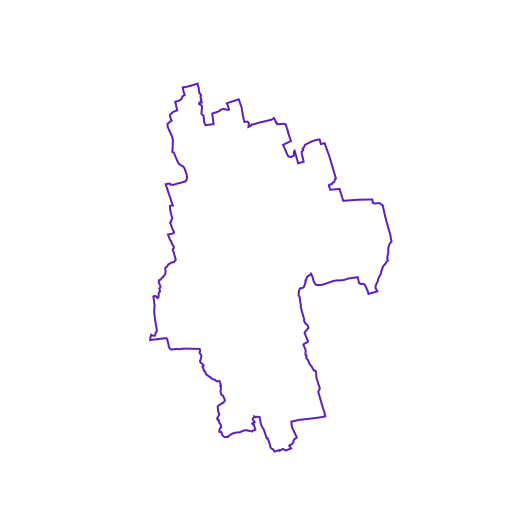 Kota Blitar, Jawa Timur, Indonesia, rotated 148°
{"feature_id": "22746128B15123001204790", "entity_name": "Kota Blitar", "entity_type": "district", "adm_level": 2, "iso_a3": "IDN", "parent_name": "Indonesia", "parent_adm1": "Jawa Timur", "projection": "robinson", "projection_center": [112.17, -8.096], "detail": "fine", "context": "isolated", "style": "outline", "palette": "violet", "viewbox_px": 512, "rotation_deg": 148, "n_neighbors": 0, "source": "geoboundaries", "source_scale": "gbopen_adm2", "svg_char_len": 6115}
<svg xmlns="http://www.w3.org/2000/svg" viewBox="0 0 512 512"><g transform="rotate(148 256 256)"><path d="M328.2,74.2L328.4,77.4L328.2,77.6L327.0,77.7L325.6,77.3L324.9,77.5L322.9,78.3L321.9,79.7L321.1,80.1L319.9,80.4L318.0,80.2L317.5,80.8L316.3,91.0L315.8,92.8L313.8,96.8L305.5,93.9L304.1,93.1L290.8,86.8L285.3,84.4L282.2,83.3L280.9,86.9L279.9,91.3L275.2,107.7L274.8,108.2L272.1,109.7L269.3,120.7L266.9,125.1L266.3,127.1L267.1,127.6L267.5,128.2L267.6,129.5L267.4,133.3L267.7,135.1L267.7,137.6L267.2,139.0L267.1,140.6L267.5,142.6L267.0,143.8L266.0,144.4L265.9,145.0L266.4,146.0L266.2,146.5L264.1,149.3L263.6,150.9L262.9,155.4L262.8,155.7L262.1,156.0L257.9,155.7L257.3,156.0L257.0,156.7L255.6,164.9L255.2,165.5L249.7,167.2L249.3,167.9L249.0,170.9L249.6,171.7L249.9,172.9L249.6,175.6L249.1,176.0L248.7,176.8L245.1,189.1L244.4,190.2L243.7,190.8L243.3,192.4L241.9,195.9L240.6,198.2L240.8,199.7L240.7,200.3L240.2,200.6L239.5,201.9L238.2,203.4L236.6,204.8L235.6,205.2L234.4,204.5L232.8,204.2L231.4,204.6L228.6,207.0L227.9,207.2L227.3,208.2L227.4,208.6L226.8,209.3L225.9,209.4L223.6,211.3L222.4,211.2L221.1,211.5L220.3,211.2L218.8,211.9L218.8,210.5L219.2,208.4L220.4,204.4L220.6,201.3L220.4,200.1L220.0,199.5L217.5,197.6L214.2,196.2L204.0,193.9L200.7,192.7L197.1,190.4L194.0,189.0L189.7,188.0L181.1,184.2L180.9,184.0L181.4,183.0L183.0,178.2L181.7,176.7L179.3,174.9L179.0,174.1L179.0,173.3L179.7,167.7L180.7,164.2L171.9,161.8L171.6,163.0L171.8,164.9L171.1,166.4L169.2,168.2L166.1,170.1L164.1,172.1L162.7,173.0L159.5,174.7L157.8,176.9L156.1,177.6L155.7,178.5L154.6,179.2L153.5,179.9L149.7,181.1L148.2,182.1L147.0,182.0L146.4,182.4L146.1,184.3L145.3,184.7L145.1,185.6L141.8,189.1L140.1,191.9L139.0,193.3L136.1,195.5L133.3,196.5L132.3,199.7L131.4,201.2L125.6,220.8L122.1,230.7L121.7,232.1L122.4,233.1L122.9,234.9L123.9,235.9L127.1,237.3L128.8,239.0L127.4,242.3L139.8,249.7L152.8,256.6L149.6,268.6L157.9,272.8L156.9,277.2L156.1,277.7L155.1,277.0L154.0,277.3L152.9,276.8L152.1,277.6L150.2,277.4L148.6,279.1L147.2,279.3L141.1,301.2L138.0,315.3L141.6,316.5L140.3,321.2L142.7,322.2L146.4,323.3L148.7,323.7L155.5,324.3L158.2,322.5L159.6,322.3L159.7,321.1L160.1,320.7L162.0,320.3L162.8,318.9L165.6,310.7L171.1,312.3L167.5,324.7L168.5,324.4L169.1,323.8L170.2,321.6L171.0,321.0L174.1,321.5L175.8,323.2L175.8,324.7L174.1,335.9L165.4,335.0L163.9,341.7L163.3,344.1L163.0,344.1L161.1,352.1L162.0,352.8L162.4,353.4L168.1,356.4L167.7,357.8L168.3,358.1L167.6,363.4L170.7,363.4L183.6,367.7L189.0,369.1L190.0,369.9L191.6,369.1L194.0,369.5L191.9,372.1L191.5,373.0L192.3,374.7L194.8,375.9L192.8,381.7L190.6,387.2L189.6,389.1L187.6,398.0L199.8,401.0L201.0,394.9L201.3,394.6L202.0,394.6L202.5,394.8L204.2,396.7L205.0,397.1L205.3,397.8L206.3,398.3L209.1,398.7L210.1,398.3L214.6,399.2L217.6,400.0L222.1,390.3L229.5,393.7L229.4,395.4L228.9,396.7L228.9,397.5L228.6,398.1L227.9,398.6L227.7,399.6L226.1,403.0L226.7,404.0L226.8,405.5L226.4,406.3L222.7,411.1L222.4,412.0L222.6,413.0L223.5,414.4L223.7,415.1L222.9,416.0L222.4,415.9L220.7,414.8L220.5,415.0L220.4,415.4L220.6,417.0L219.4,417.6L219.1,419.8L217.4,421.6L217.3,422.4L217.7,424.0L216.7,426.7L215.4,429.1L214.9,431.6L214.1,433.1L221.9,435.2L226.1,436.6L228.9,437.8L230.4,433.5L231.0,430.4L234.0,430.3L234.7,429.5L236.6,428.4L239.1,428.5L242.8,429.6L245.6,421.3L249.5,422.0L250.7,422.0L254.0,421.4L254.6,420.7L254.9,419.8L255.7,417.1L255.9,415.3L258.2,415.6L259.3,415.1L261.1,415.0L262.5,412.0L263.8,402.4L264.3,400.3L265.4,397.7L270.2,390.7L271.4,389.3L271.8,388.5L271.0,387.5L271.1,386.2L272.5,377.5L272.6,374.9L270.5,370.8L270.2,369.2L270.3,367.6L271.7,361.7L273.0,358.8L275.5,356.7L278.0,357.1L284.7,359.2L288.1,360.0L290.7,361.8L290.6,362.9L291.8,363.7L294.6,364.7L299.8,342.9L302.4,344.1L304.3,340.8L306.0,335.9L307.1,332.2L308.7,331.5L309.8,330.0L311.1,329.9L312.6,322.6L312.7,320.6L313.0,319.5L313.4,319.1L314.9,319.2L319.3,320.8L320.4,314.8L320.1,313.4L320.7,311.7L320.6,310.7L320.9,310.0L321.0,309.4L320.7,308.7L321.0,306.9L321.8,306.1L322.8,306.0L323.6,304.7L323.7,303.4L326.0,295.4L328.8,294.2L331.2,295.4L332.2,295.0L334.8,295.4L337.0,294.1L339.1,294.1L341.2,290.3L342.9,288.5L345.4,287.8L346.0,287.3L347.2,287.5L349.3,286.4L351.1,286.9L352.2,285.6L353.3,280.6L353.7,280.0L355.2,279.8L356.1,276.9L356.6,276.6L357.7,276.5L358.2,276.1L359.1,274.6L360.7,272.6L361.8,272.5L362.4,275.2L363.6,276.1L364.5,276.0L368.1,268.0L372.1,262.4L375.7,254.7L379.5,245.2L380.8,244.3L381.5,244.4L382.3,243.3L384.1,242.0L385.6,243.1L386.6,244.7L388.8,242.8L390.3,240.7L388.6,240.1L375.8,234.0L375.5,233.6L375.4,232.8L375.9,231.0L377.1,227.2L377.9,225.7L378.1,223.7L378.0,222.4L377.3,221.4L372.5,219.3L371.0,217.9L365.9,215.5L353.1,207.1L353.2,206.1L353.7,205.0L354.9,204.3L355.2,203.3L355.1,200.8L355.2,200.2L356.9,198.3L359.1,196.7L359.5,195.3L359.3,194.4L358.5,192.5L358.6,190.7L359.9,190.7L360.2,189.8L360.2,188.8L361.1,186.4L360.4,185.7L360.8,183.8L360.9,181.8L359.6,178.5L358.8,177.4L358.8,176.2L357.7,174.0L356.6,173.1L355.9,171.0L355.4,170.2L353.4,169.6L353.5,167.3L354.3,164.7L355.0,164.9L355.8,162.5L356.3,161.6L357.9,160.2L358.1,159.4L358.9,156.8L358.0,155.1L358.0,154.7L358.3,153.5L358.4,151.8L358.9,150.0L361.6,148.8L362.4,149.1L366.7,149.1L367.9,148.9L368.5,148.3L370.4,144.3L370.9,142.7L370.9,141.4L373.5,139.6L375.2,138.8L375.2,137.2L374.7,137.2L374.5,136.8L375.5,134.3L375.3,131.9L375.9,129.7L376.2,129.4L376.6,129.5L379.1,128.0L379.9,126.9L380.2,126.1L378.8,125.3L379.5,121.7L379.1,120.1L378.5,119.1L377.6,118.3L375.7,117.7L375.6,117.4L374.5,117.9L370.0,117.9L365.8,116.6L364.3,115.6L362.3,114.9L360.0,114.7L357.0,113.8L352.3,109.3L351.2,109.7L350.0,109.1L348.9,109.1L348.5,109.2L348.3,109.6L348.3,110.6L347.8,111.6L347.7,112.8L347.2,114.0L348.1,115.3L348.0,116.0L345.9,115.6L345.1,115.8L345.1,116.3L345.6,118.0L345.2,119.4L344.5,120.0L342.8,120.3L342.4,120.9L341.8,119.6L340.6,119.3L338.3,117.5L340.9,110.9L341.1,109.7L341.4,108.3L341.3,105.0L343.5,95.7L342.8,95.5L342.7,95.0L344.1,88.8L345.1,86.3L345.1,84.9L344.1,83.3L343.9,82.5L344.0,80.5L343.4,80.1L341.5,79.8L340.3,79.2L339.4,79.3L339.4,78.4L335.4,78.1L333.8,75.3L328.2,74.2Z" fill="none" stroke="#5b21b6" stroke-width="2"/></g></svg>